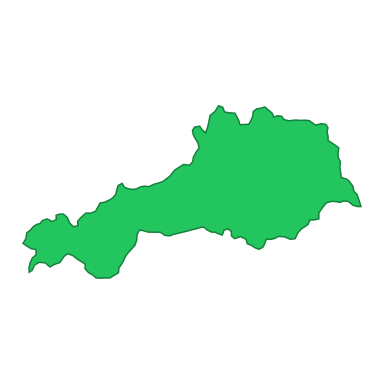 the district of Ressaquinha, Minas Gerais, Brazil
{"feature_id": "56859067B79729307110792", "entity_name": "Ressaquinha", "entity_type": "district", "adm_level": 2, "iso_a3": "BRA", "parent_name": "Brazil", "parent_adm1": "Minas Gerais", "projection": "orthographic", "projection_center": [-43.769, -21.084], "detail": "fine", "context": "isolated", "style": "filled", "palette": "green", "viewbox_px": 384, "rotation_deg": 0, "n_neighbors": 0, "source": "geoboundaries", "source_scale": "gbopen_adm2", "svg_char_len": 2649}
<svg xmlns="http://www.w3.org/2000/svg" viewBox="0 0 384 384"><path d="M361.0,206.5L359.1,200.6L357.1,194.6L353.9,191.3L352.8,186.2L349.1,180.9L346.1,178.9L341.3,177.6L340.6,171.7L339.8,167.5L340.4,161.6L338.2,157.3L338.0,153.0L338.8,148.0L335.7,145.5L332.2,143.2L328.1,140.5L328.1,136.6L327.1,131.9L327.9,127.6L325.8,124.3L321.1,123.7L315.7,125.1L312.4,122.9L309.2,120.6L305.1,120.2L300.6,120.4L295.4,120.0L288.9,120.8L284.1,119.6L281.6,116.3L277.8,115.7L273.8,117.1L272.2,113.2L269.3,110.8L264.8,107.0L261.4,108.1L256.6,108.9L253.2,111.6L252.8,116.0L250.8,120.8L248.8,124.3L244.3,124.5L239.9,124.7L238.9,121.0L237.1,117.3L235.0,113.2L229.6,112.8L224.6,112.0L222.7,107.2L218.6,105.8L215.1,111.3L210.1,115.5L208.9,121.6L207.5,127.5L205.5,132.9L202.2,129.8L199.7,126.2L194.6,127.1L192.5,130.4L193.2,134.7L195.3,138.6L197.8,142.7L199.2,147.8L196.1,152.1L193.4,157.2L192.6,162.0L189.2,165.3L183.8,164.4L179.3,167.1L174.9,169.9L172.4,172.9L169.9,176.2L166.1,179.0L163.0,181.4L159.0,182.9L153.8,184.3L148.9,186.6L144.1,186.2L140.1,187.0L136.4,188.9L132.4,189.4L128.0,188.6L124.4,187.2L122.1,183.4L118.1,185.5L116.7,190.2L115.6,194.6L112.4,198.2L108.9,200.3L104.5,202.2L100.1,203.0L97.8,207.3L95.5,211.3L91.1,213.1L85.9,213.1L83.1,215.5L80.4,218.0L77.6,221.4L77.9,225.7L73.5,226.8L69.7,223.1L67.2,217.3L63.4,214.1L59.5,214.1L56.1,215.3L56.3,219.6L52.1,221.5L47.2,218.9L42.5,220.5L40.0,223.5L36.4,224.6L32.9,227.0L30.3,230.2L26.8,232.8L25.9,238.5L23.0,243.4L27.3,246.3L30.9,248.6L36.1,249.6L36.0,254.9L32.4,257.9L30.3,262.3L29.0,267.6L29.2,272.2L32.2,270.3L34.4,265.2L39.1,262.3L45.4,262.9L49.9,267.0L54.2,264.5L59.9,262.5L63.8,256.7L67.5,253.7L72.8,255.5L77.1,259.0L81.2,261.6L85.2,264.1L85.0,268.6L88.6,272.7L92.5,274.8L95.9,277.8L99.9,278.2L104.3,278.0L110.1,277.9L114.1,275.3L118.5,272.7L118.9,268.0L121.2,264.7L123.5,260.9L125.1,257.1L127.7,253.3L131.1,249.5L134.9,245.3L136.7,240.3L137.0,234.6L139.5,230.1L143.7,230.7L147.9,232.1L153.5,232.2L160.4,232.2L164.8,235.4L170.0,235.8L173.4,234.4L177.2,233.5L182.7,232.2L188.1,230.9L191.7,229.8L196.1,228.8L200.1,227.6L203.7,227.1L207.5,230.2L211.5,232.1L215.3,232.2L218.7,233.9L222.3,235.0L224.1,230.0L228.2,229.0L231.3,231.5L231.5,236.0L234.6,238.6L240.7,236.6L246.0,239.3L247.3,243.8L251.2,245.2L255.2,247.9L259.0,249.3L262.8,247.3L264.7,243.8L266.3,239.1L270.5,239.4L275.1,238.3L278.3,236.4L284.3,236.8L290.4,239.3L295.1,238.7L297.8,233.0L301.0,229.2L304.3,227.0L308.0,224.5L309.9,220.0L314.8,219.8L318.8,218.9L318.9,212.9L322.5,207.5L326.5,202.8L331.5,201.4L336.4,201.6L340.1,202.4L343.6,201.0L348.3,201.4L352.9,205.2L357.2,206.5L361.0,206.5Z" fill="#22c55e" stroke="#15803d" stroke-width="1.5"/></svg>